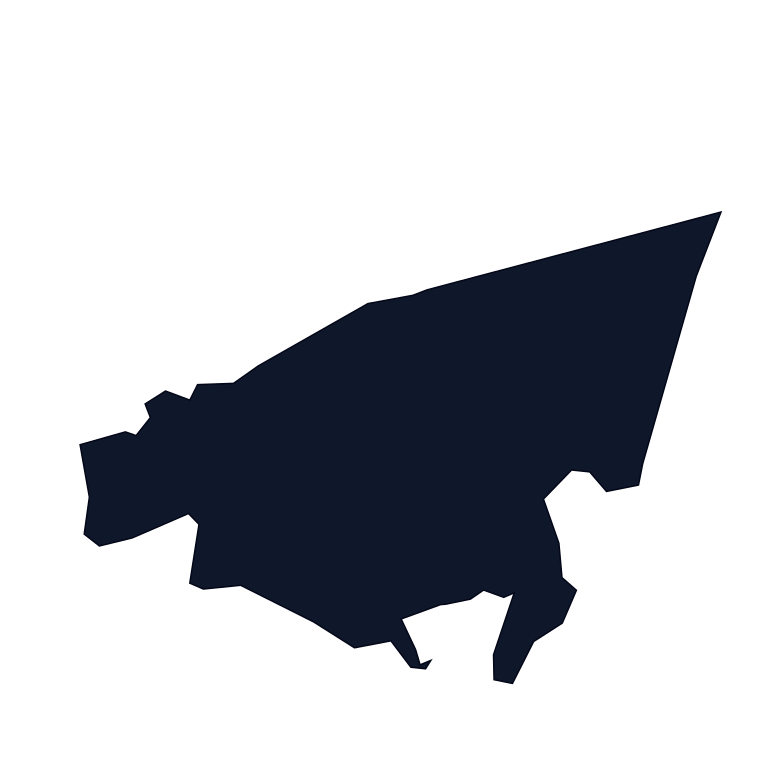 outline of Prince George, Virginia, United States of America, rotated 197°
{"feature_id": "52423323B90517976526133", "entity_name": "Prince George", "entity_type": "district", "adm_level": 2, "iso_a3": "USA", "parent_name": "United States of America", "parent_adm1": "Virginia", "projection": "mercator", "projection_center": [-77.216, 37.157], "detail": "fine", "context": "isolated", "style": "filled", "palette": "ink", "viewbox_px": 768, "rotation_deg": 197, "n_neighbors": 0, "source": "geoboundaries", "source_scale": "gbopen_adm2", "svg_char_len": 819}
<svg xmlns="http://www.w3.org/2000/svg" viewBox="0 0 768 768"><g transform="rotate(197 384 384)"><path d="M111.1,361.8L113.3,383.5L116.9,578.5L112.0,647.0L370.1,486.8L382.4,477.2L422.9,456.2L509.4,364.7L528.1,340.6L562.1,328.9L565.0,311.8L590.9,313.4L606.6,295.1L597.6,283.6L606.0,262.2L617.3,262.6L656.9,237.1L632.7,189.7L626.8,152.8L608.8,145.9L579.8,163.2L533.1,203.0L519.9,195.7L511.5,136.8L496.8,135.1L462.2,149.6L381.8,135.9L335.1,123.1L302.3,140.4L275.5,121.0L261.0,123.8L258.4,133.4L267.4,126.0L276.1,139.2L298.9,164.3L265.5,189.5L260.5,191.5L238.4,203.6L228.5,216.1L207.1,215.0L198.4,222.4L200.1,157.1L192.3,133.4L173.6,135.2L165.6,181.5L143.6,207.5L139.7,243.0L157.2,250.9L170.2,282.9L197.9,320.6L179.5,356.6L161.6,360.1L139.8,346.3L111.1,361.8Z" fill="#0f172a" stroke="#020617" stroke-width="1.5"/></g></svg>